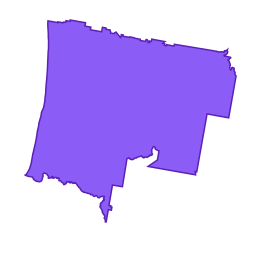 Harvey, Western Australia, Australia (Robinson projection), rotated 10°
{"feature_id": "25037944B91209319772795", "entity_name": "Harvey", "entity_type": "district", "adm_level": 2, "iso_a3": "AUS", "parent_name": "Australia", "parent_adm1": "Western Australia", "projection": "robinson", "projection_center": [115.844, -33.15], "detail": "fine", "context": "isolated", "style": "filled", "palette": "violet", "viewbox_px": 256, "rotation_deg": 10, "n_neighbors": 0, "source": "geoboundaries", "source_scale": "gbopen_adm2", "svg_char_len": 5708}
<svg xmlns="http://www.w3.org/2000/svg" viewBox="0 0 256 256"><g transform="rotate(10 128 128)"><path d="M215.2,40.6L214.3,40.4L212.9,40.5L212.0,40.3L210.6,40.5L210.2,40.3L210.0,40.0L210.0,39.7L210.3,39.4L211.3,39.3L212.1,38.2L212.6,37.7L212.8,37.4L212.9,36.8L212.9,35.6L212.8,35.2L212.2,34.6L212.3,33.6L212.0,34.0L211.4,34.5L210.9,35.1L210.3,35.0L210.0,35.2L209.6,35.1L209.4,35.4L209.4,35.6L209.6,36.2L209.5,36.6L208.6,36.8L208.4,36.7L208.3,36.8L207.4,36.6L207.0,36.6L206.8,36.8L205.8,36.9L204.8,37.4L204.4,37.3L204.2,37.3L203.8,37.2L203.3,37.2L203.1,37.3L202.5,37.2L202.1,37.0L201.7,37.2L201.5,37.4L200.6,37.1L199.8,37.1L159.1,37.5L159.1,39.4L151.6,39.2L151.6,40.3L149.5,40.3L149.5,38.6L147.7,38.6L148.3,38.0L148.6,37.0L149.2,36.5L137.9,36.4L136.0,36.3L136.0,38.6L134.3,38.6L134.3,40.2L133.0,40.3L133.0,39.7L132.6,38.6L131.6,37.8L131.2,37.7L130.6,37.7L130.3,38.0L130.3,39.7L124.7,39.7L124.7,38.5L118.5,38.4L118.4,38.1L116.1,38.0L113.8,38.0L113.8,38.5L107.1,38.5L107.1,37.2L105.2,37.2L105.2,40.2L104.8,40.2L99.5,35.6L98.3,36.6L98.3,37.4L94.4,37.5L94.2,36.3L93.8,35.7L93.4,34.6L89.1,34.6L89.1,33.4L85.3,33.3L85.3,37.8L73.9,37.8L73.9,35.1L67.9,35.1L67.9,31.7L52.3,31.7L52.5,33.0L48.3,33.1L48.2,34.8L47.4,34.7L46.8,34.9L45.8,35.0L45.7,35.6L45.4,35.8L43.8,35.8L43.1,35.5L41.8,35.7L40.5,35.7L40.7,36.4L30.6,36.4L30.8,38.5L31.4,41.7L33.0,48.3L33.8,52.7L34.5,55.3L36.0,64.1L36.1,66.4L38.7,86.2L39.5,94.5L40.0,101.0L40.9,108.5L41.0,110.4L41.0,111.6L41.4,116.0L41.4,120.2L41.3,122.7L40.1,127.6L40.2,131.5L39.4,138.8L39.6,141.1L39.5,143.4L39.5,144.5L39.3,146.2L39.4,147.7L39.3,149.3L39.5,150.6L39.5,155.8L39.4,159.8L39.0,166.1L39.0,168.2L38.8,169.5L38.8,178.8L38.7,180.7L38.2,184.8L37.8,186.3L37.0,188.7L36.1,190.9L35.5,192.1L35.2,192.3L34.9,192.2L34.9,192.3L35.3,192.5L35.6,192.3L36.5,192.4L37.1,192.9L42.3,192.9L43.0,193.5L43.8,194.9L44.3,195.2L44.7,195.1L45.5,195.8L46.2,196.1L47.4,196.4L48.5,196.3L49.7,196.4L50.5,196.2L51.3,195.8L51.9,195.1L52.2,194.6L52.4,193.2L52.5,191.4L52.8,190.4L52.3,188.6L52.3,187.9L52.8,187.2L53.1,187.0L53.6,187.0L54.9,187.2L55.6,187.2L55.9,187.3L56.4,187.8L56.7,188.4L58.0,189.2L58.2,189.7L58.1,190.9L58.2,191.1L58.6,191.2L59.3,191.1L60.4,190.5L61.2,190.4L61.4,190.1L61.4,189.3L61.5,189.0L61.9,188.9L62.3,188.9L62.4,189.0L62.6,189.3L62.4,190.1L62.7,190.4L63.0,190.5L63.5,190.3L64.2,189.7L65.3,189.3L66.1,189.2L66.5,189.8L67.0,190.0L67.8,189.7L68.0,189.2L68.3,189.1L68.7,189.3L69.0,190.1L69.1,190.7L69.0,191.5L69.1,191.8L69.3,191.9L71.0,191.7L71.7,192.8L73.4,193.3L74.5,194.8L75.1,194.4L75.4,194.7L75.6,194.6L75.9,194.2L76.0,193.8L76.6,193.5L76.6,192.8L76.9,192.7L76.5,192.0L76.9,191.7L77.5,191.5L77.7,191.3L78.8,191.6L78.9,191.3L79.0,191.2L79.3,191.4L79.7,191.4L79.7,191.7L79.8,191.8L80.3,191.5L80.6,191.1L80.9,191.2L81.1,191.2L81.1,191.3L81.4,190.9L82.1,191.0L82.5,191.3L82.4,191.7L83.0,191.8L83.5,192.1L83.9,191.7L84.6,191.6L84.9,191.1L85.2,191.5L85.6,191.1L86.0,191.6L86.5,191.8L86.8,191.8L87.5,192.5L88.0,192.8L88.0,193.4L88.1,193.5L88.8,193.9L89.2,194.0L90.0,195.1L90.6,195.5L91.4,195.8L92.2,197.0L93.1,197.9L93.6,198.2L94.1,198.4L94.8,198.4L95.0,198.5L95.2,198.9L95.3,199.0L96.8,198.9L98.1,199.1L98.8,199.0L99.8,199.4L101.9,199.3L102.5,199.6L102.7,200.0L103.2,200.2L104.4,199.7L105.5,200.8L106.6,201.3L107.0,201.2L107.6,200.4L107.9,200.4L108.4,200.1L108.8,200.1L109.6,200.6L109.7,200.9L110.4,201.6L110.8,201.7L111.7,201.7L112.1,201.5L112.8,200.6L113.2,200.2L113.9,200.1L114.4,199.8L115.2,199.9L116.4,199.5L116.6,199.7L116.6,200.3L116.1,202.0L116.3,202.4L117.0,202.6L117.0,203.0L116.8,203.7L115.8,204.1L115.6,204.5L115.5,205.2L115.1,205.9L114.4,206.3L114.1,206.7L114.0,207.4L114.1,207.9L114.1,208.3L114.3,208.8L114.5,208.9L114.7,209.1L114.6,209.3L114.1,209.7L114.0,210.2L114.2,210.7L115.6,212.1L115.9,212.6L117.2,214.1L117.2,214.4L117.1,214.6L117.2,215.0L117.5,215.7L118.5,216.6L118.9,217.4L119.2,217.7L119.9,217.9L120.1,218.1L120.6,219.2L120.5,219.9L120.2,220.7L120.3,221.1L121.0,221.6L121.5,222.3L121.9,223.5L121.9,224.2L121.9,224.3L122.7,224.3L122.8,224.3L122.8,211.8L125.9,211.8L125.9,208.7L124.6,208.7L124.6,207.6L122.7,207.6L122.6,186.9L132.7,186.8L132.3,158.4L132.5,158.1L133.2,158.0L134.0,157.2L134.2,157.4L134.9,157.8L135.6,158.5L135.9,158.5L136.6,158.2L137.1,158.5L137.4,158.3L138.1,158.3L138.5,158.0L138.7,157.8L139.1,157.6L139.4,156.9L139.6,156.6L140.4,156.2L140.8,156.3L141.5,156.1L141.8,155.9L142.2,155.1L143.4,154.5L144.6,154.1L145.2,153.4L145.4,153.4L145.9,153.4L146.5,153.3L146.8,153.9L147.3,154.1L147.7,154.4L148.0,154.5L148.4,154.2L148.9,154.6L149.2,153.9L149.4,153.8L150.9,153.5L151.8,153.6L152.3,153.5L152.9,152.4L153.0,152.3L153.3,152.3L153.4,152.2L153.6,151.8L153.9,151.9L154.0,151.6L154.2,151.3L154.2,151.0L154.3,150.8L154.8,150.8L155.2,151.1L155.4,151.0L155.7,150.8L155.7,150.7L156.1,150.6L156.6,149.7L156.6,149.4L156.1,149.0L155.9,148.5L155.7,148.2L155.7,147.6L155.4,146.4L155.4,146.1L155.1,145.6L155.1,144.8L155.8,143.8L155.9,142.6L156.2,142.0L156.5,141.8L157.0,141.8L158.2,142.4L158.3,142.6L158.2,143.1L158.2,143.4L158.6,143.9L158.9,144.2L161.0,144.9L162.5,145.2L162.5,154.4L154.4,162.4L202.6,162.4L202.5,162.2L202.4,160.5L201.6,159.2L203.3,159.2L203.4,100.4L225.4,100.5L225.4,57.9L224.5,57.2L223.8,56.1L223.8,55.6L223.9,55.1L223.8,54.6L223.6,54.3L223.3,54.2L223.1,54.0L222.2,52.2L222.2,51.6L222.4,51.4L222.1,50.7L221.4,50.4L220.2,50.2L219.6,50.7L219.8,51.7L219.6,52.7L219.2,52.9L218.8,52.9L218.4,52.5L217.6,50.5L217.7,50.0L217.6,49.3L217.9,48.5L217.7,47.6L217.0,46.4L216.8,46.4L216.6,46.2L216.4,45.5L216.4,45.2L216.1,44.7L215.9,44.5L215.5,44.5L215.2,44.3L214.7,43.7L214.8,43.5L214.8,43.2L215.1,43.2L215.7,42.8L215.8,42.4L216.4,41.7L216.9,41.3L217.0,41.0L216.8,40.6L216.5,40.5L215.2,40.6Z" fill="#8b5cf6" stroke="#5b21b6" stroke-width="1.5"/></g></svg>